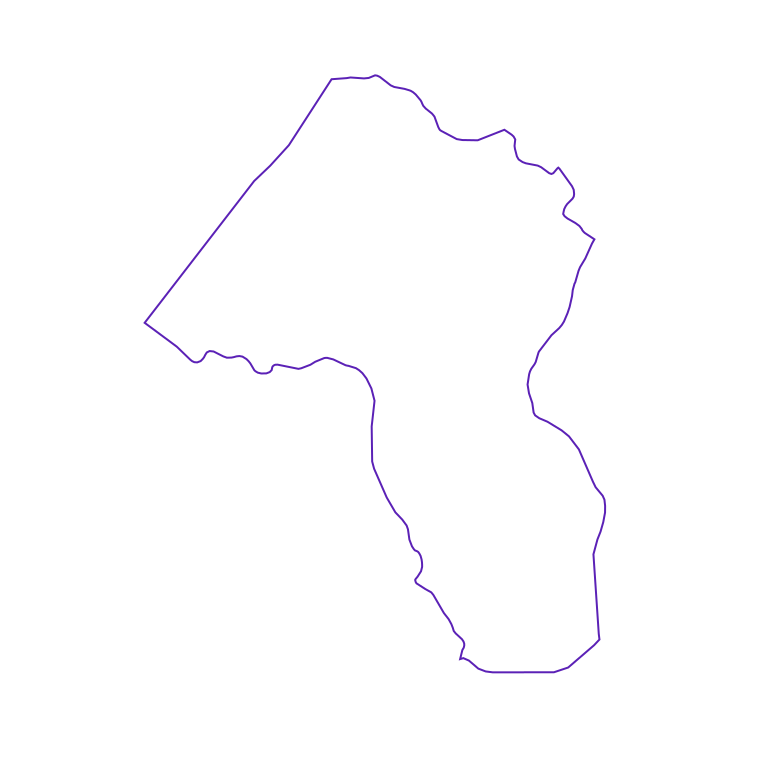 an SVG outline of Pouthisat, rotated 262°
{"feature_id": "KHM-1780", "entity_name": "Pouthisat", "entity_type": "Province", "adm_level": 1, "iso_a3": "KHM", "parent_name": "Cambodia", "parent_adm1": "", "projection": "orthographic", "projection_center": [103.597, 12.527], "detail": "fine", "context": "isolated", "style": "outline", "palette": "violet", "viewbox_px": 768, "rotation_deg": 262, "n_neighbors": 0, "source": "natural_earth", "source_scale": "10m", "svg_char_len": 2811}
<svg xmlns="http://www.w3.org/2000/svg" viewBox="0 0 768 768"><g transform="rotate(262 384 384)"><path d="M101.0,561.8L96.1,555.7L77.6,526.9L74.9,512.2L83.3,451.7L85.2,444.7L89.0,437.8L98.3,429.6L101.5,424.4L101.0,421.1L109.7,424.6L111.2,425.8L111.7,426.2L112.6,426.6L114.0,427.1L115.7,427.3L117.9,426.9L120.4,425.7L127.0,420.3L129.7,418.7L133.0,418.2L136.8,417.3L142.1,415.3L148.9,411.4L168.3,403.5L171.1,401.8L175.1,396.5L182.1,388.4L183.6,387.8L185.6,387.6L186.4,388.1L188.5,390.4L193.4,394.6L197.6,396.3L199.8,396.6L202.2,396.8L205.0,396.8L208.7,396.3L211.2,395.4L212.9,394.5L213.7,393.6L215.0,391.4L216.6,390.4L219.4,389.1L226.4,387.5L236.8,387.5L240.7,386.7L247.2,383.2L255.3,377.4L271.2,370.9L301.5,362.4L308.9,361.5L343.7,365.9L368.7,372.3L381.3,370.9L391.9,367.4L397.8,364.1L401.2,361.2L403.6,358.4L407.0,351.2L407.2,350.4L407.9,348.6L415.4,337.2L417.8,331.4L418.0,329.8L418.0,328.4L415.6,319.0L413.3,313.8L411.1,304.2L410.9,301.4L418.0,281.2L418.1,279.8L418.2,279.2L418.0,278.0L417.5,277.1L417.0,276.3L416.2,275.7L413.4,274.7L411.7,272.5L410.9,269.0L411.5,263.9L412.8,260.6L414.5,258.5L415.7,257.5L423.0,254.5L425.4,253.1L427.8,251.3L430.8,247.7L431.8,244.7L431.9,241.8L431.5,238.8L431.4,236.5L431.9,232.1L433.7,228.7L439.9,219.8L440.9,215.9L439.9,212.9L437.8,211.1L435.5,209.5L434.1,208.1L432.2,205.6L431.4,202.0L432.0,199.2L433.4,197.1L435.1,195.5L449.8,184.0L477.9,155.5L603.1,283.7L616.0,301.7L633.7,323.0L693.1,374.5L692.1,389.6L692.2,393.5L689.4,406.7L689.2,411.5L690.9,418.1L690.3,420.1L688.7,422.6L678.8,432.2L676.7,435.5L673.4,445.4L671.3,450.0L670.6,451.3L668.9,453.4L666.3,455.7L659.7,459.8L657.8,460.5L656.5,460.8L654.0,461.6L650.9,463.7L645.2,469.1L643.3,470.3L641.7,471.2L630.9,473.5L628.6,474.3L627.7,474.8L626.6,476.0L616.4,490.1L614.7,495.5L612.3,510.7L619.0,538.6L613.1,545.1L611.0,546.8L607.9,548.0L601.6,546.4L598.6,546.4L590.8,547.3L587.6,548.6L584.5,552.1L582.8,555.2L578.9,566.6L576.8,569.8L569.8,576.9L568.7,579.0L569.2,581.0L573.4,585.7L574.0,586.7L572.8,587.7L553.7,597.7L549.9,598.9L545.6,598.7L543.2,598.0L541.3,596.5L536.7,590.4L534.6,588.5L532.1,586.8L529.5,585.8L527.4,585.1L525.0,586.2L522.3,588.8L516.8,595.9L513.3,599.5L510.0,601.4L508.6,601.8L506.7,603.0L505.5,604.0L498.0,612.5L494.1,609.5L480.3,600.8L472.4,594.4L469.0,592.4L458.0,587.5L456.8,586.6L450.8,584.0L444.7,582.4L434.4,578.5L428.6,575.6L420.8,570.9L417.7,568.3L415.0,565.3L409.0,556.6L394.5,541.9L393.5,541.3L384.7,537.3L382.6,535.8L378.6,532.0L376.1,530.3L373.5,529.1L363.5,526.1L354.6,526.3L344.5,528.2L334.9,528.2L331.9,529.3L328.5,533.0L323.9,540.6L313.4,553.4L306.4,559.9L292.1,567.9L258.2,577.3L252.3,579.2L242.9,585.0L238.7,586.2L232.5,586.0L225.9,585.0L216.7,581.9L207.7,577.9L200.3,573.7L186.2,567.7L106.7,561.9L101.1,561.8L101.0,561.8Z" fill="none" stroke="#5b21b6" stroke-width="2"/></g></svg>